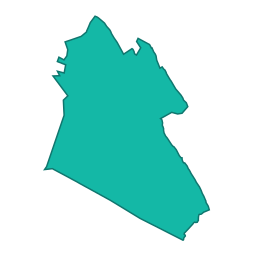 the district of Monroe, West Virginia, United States of America, rotated 271°
{"feature_id": "52423323B57461301326035", "entity_name": "Monroe", "entity_type": "district", "adm_level": 2, "iso_a3": "USA", "parent_name": "United States of America", "parent_adm1": "West Virginia", "projection": "equal_earth", "projection_center": [-80.514, 37.552], "detail": "fine", "context": "isolated", "style": "filled", "palette": "teal", "viewbox_px": 256, "rotation_deg": 271, "n_neighbors": 0, "source": "geoboundaries", "source_scale": "gbopen_adm2", "svg_char_len": 1788}
<svg xmlns="http://www.w3.org/2000/svg" viewBox="0 0 256 256"><g transform="rotate(271 128 128)"><path d="M239.2,93.1L232.8,88.5L227.5,86.4L224.5,85.1L223.9,84.9L223.1,84.7L222.0,83.3L218.8,79.6L214.3,67.3L214.3,67.2L213.0,63.6L205.3,66.4L199.0,65.6L195.0,62.8L197.6,57.7L193.2,56.2L190.1,64.6L181.9,63.2L183.5,56.5L179.1,58.8L178.7,52.1L159.1,67.3L154.7,62.9L139.6,63.9L88.0,47.3L85.0,45.3L86.0,53.1L73.2,78.0L71.8,80.5L55.4,111.6L37.8,141.7L16.8,184.9L16.8,185.0L17.3,185.5L18.6,185.6L19.5,186.0L21.0,187.2L21.8,187.1L22.7,186.0L24.0,186.2L24.5,186.8L33.1,194.5L34.1,195.1L35.0,196.1L34.7,197.4L35.0,198.9L37.0,200.0L37.6,199.9L40.6,200.0L42.7,200.5L43.0,201.3L43.0,202.3L43.4,203.1L45.3,205.3L45.3,205.5L47.6,210.7L51.2,209.6L55.1,207.2L56.2,207.2L58.8,206.0L61.1,205.0L63.9,203.4L66.7,202.3L70.3,200.5L75.0,197.2L77.5,195.9L84.3,191.4L84.6,191.4L87.2,189.9L88.3,189.0L91.0,187.8L94.1,185.3L93.9,184.8L94.0,184.5L95.0,183.6L95.7,183.2L97.8,182.6L99.1,182.6L99.3,181.4L101.2,179.8L107.0,176.7L110.0,174.3L110.4,173.4L112.0,171.9L118.8,167.3L120.5,165.8L123.8,164.1L126.3,163.6L128.0,163.6L130.3,162.8L130.6,162.4L132.0,162.3L133.7,162.5L136.6,161.8L137.2,161.4L138.0,160.4L144.4,171.4L142.9,177.4L143.7,181.8L150.4,187.4L151.4,187.0L154.2,185.9L156.8,183.1L158.9,182.3L161.8,180.4L167.9,175.0L175.8,170.2L176.9,169.3L182.9,165.6L184.4,165.1L186.6,163.9L187.5,162.7L189.7,161.1L188.4,158.9L196.4,155.5L200.5,154.8L202.3,154.0L204.5,152.4L206.5,151.5L208.5,150.6L208.3,150.1L211.8,148.1L217.8,136.5L214.6,135.1L208.4,139.3L201.1,135.2L202.1,133.5L203.2,133.0L204.3,132.8L206.7,131.6L207.4,130.6L201.7,122.3L213.5,115.6L217.8,112.5L222.0,109.9L224.4,108.9L226.0,107.9L229.2,104.9L232.5,102.7L237.5,96.6L238.4,95.2L239.2,93.1Z" fill="#14b8a6" stroke="#0f766e" stroke-width="1.5"/></g></svg>